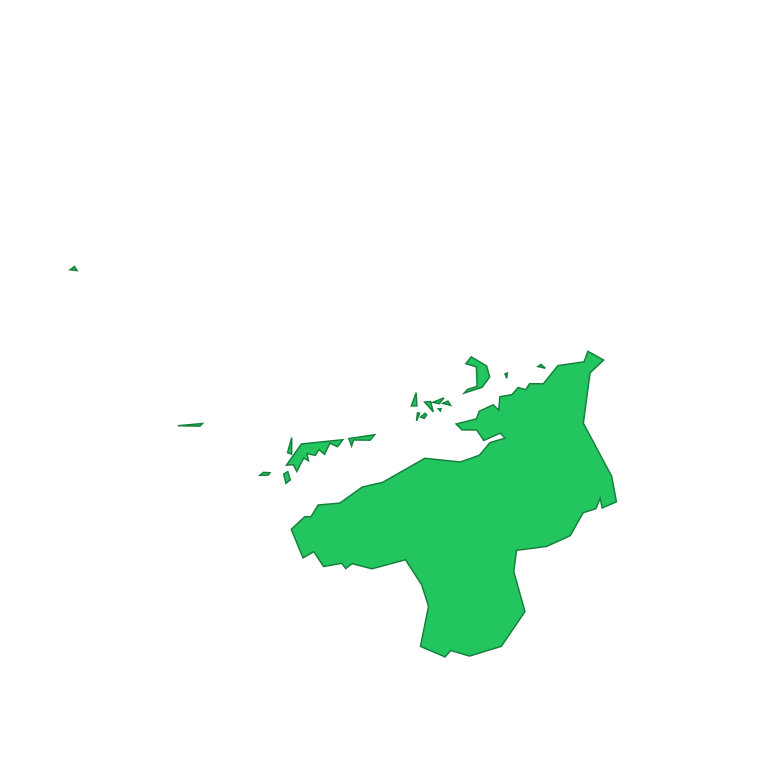 Muleba, Kagera, United Republic of Tanzania (orthographic projection), rotated 233°
{"feature_id": "72390352B90711717616381", "entity_name": "Muleba", "entity_type": "district", "adm_level": 2, "iso_a3": "TZA", "parent_name": "United Republic of Tanzania", "parent_adm1": "Kagera", "projection": "orthographic", "projection_center": [31.752, -1.923], "detail": "medium", "context": "isolated", "style": "filled", "palette": "green", "viewbox_px": 768, "rotation_deg": 233, "n_neighbors": 0, "source": "geoboundaries", "source_scale": "gbopen_adm2", "svg_char_len": 1976}
<svg xmlns="http://www.w3.org/2000/svg" viewBox="0 0 768 768"><g transform="rotate(233 384 384)"><path d="M281.3,557.2L294.0,534.0L288.3,511.3L296.6,500.5L294.2,493.7L300.5,489.0L298.5,479.8L304.1,468.9L294.1,459.9L301.7,458.7L304.9,443.7L300.6,436.8L308.6,417.5L300.5,418.6L291.4,430.4L278.8,429.7L274.9,447.2L267.9,448.2L273.4,433.4L269.7,417.3L275.8,398.0L300.1,371.9L306.3,323.7L314.8,304.7L315.5,277.0L327.0,258.6L321.9,245.7L325.7,241.1L323.8,222.5L293.9,214.7L292.3,227.0L274.6,225.9L266.2,242.4L259.6,242.4L259.8,250.4L243.7,263.1L230.7,295.4L200.9,293.2L179.7,285.8L152.5,255.2L129.3,268.5L131.0,276.9L115.2,288.6L103.9,319.9L117.4,359.6L156.2,374.8L171.4,389.8L156.5,415.9L150.8,441.4L161.3,465.6L156.9,478.4L162.7,487.9L153.7,483.6L150.0,498.7L173.3,510.3L232.7,519.6L268.9,555.3L270.9,573.8L287.4,566.5L281.3,557.2ZM385.8,282.0L377.9,257.3L374.2,263.0L366.7,261.7L373.2,275.4L368.2,277.5L374.8,280.6L368.3,286.2L370.8,292.5L363.6,294.2L369.3,305.2L361.9,309.1L364.3,317.6L385.8,282.0ZM342.1,468.1L326.1,456.9L329.4,447.5L328.5,442.6L322.3,460.3L326.0,472.6L336.6,476.8L353.2,470.0L351.0,461.6L342.1,468.1ZM361.6,323.1L354.0,320.8L357.6,326.0L347.5,339.1L349.1,346.0L361.6,323.1ZM357.7,404.4L350.0,392.6L346.8,397.1L357.7,404.4ZM461.7,215.2L474.8,194.2L461.2,211.5L461.7,215.2ZM336.8,423.6L340.0,411.9L335.1,416.2L336.8,423.6ZM345.1,405.6L332.1,406.6L341.9,410.6L345.1,405.6ZM387.3,265.7L383.6,268.0L396.7,278.1L387.3,265.7ZM363.7,245.9L363.8,251.5L371.9,254.4L372.4,249.7L363.7,245.9ZM385.8,229.9L380.9,236.8L381.8,239.5L386.0,234.5L385.8,229.9ZM340.9,393.5L335.0,387.8L339.2,394.8L340.9,393.5ZM299.5,522.4L305.2,521.1L305.3,517.4L299.5,522.4ZM331.9,424.8L333.2,419.2L326.9,424.4L331.9,424.8ZM335.6,393.4L332.4,395.4L333.5,399.4L335.9,399.2L335.6,393.4ZM664.1,207.5L664.1,202.1L659.3,207.1L664.1,207.5ZM319.2,486.7L314.7,485.4L318.6,489.1L319.2,486.7ZM331.4,412.4L328.5,412.8L329.9,414.6L331.4,412.4Z" fill="#22c55e" stroke="#15803d" stroke-width="1.5"/></g></svg>